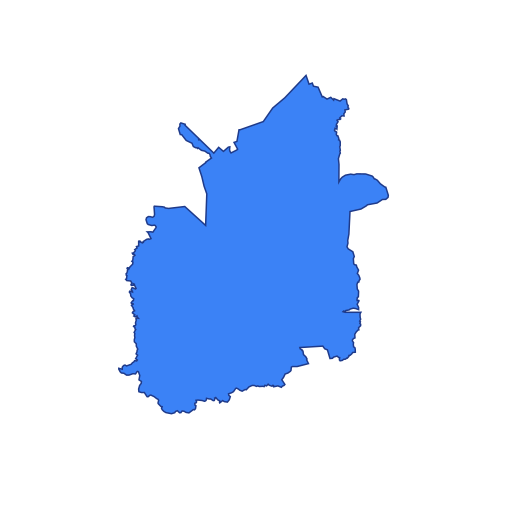 outline of San Pedro Lagunillas, Nayarit, Mexico, rotated 33°
{"feature_id": "50627088B36429080609607", "entity_name": "San Pedro Lagunillas", "entity_type": "district", "adm_level": 2, "iso_a3": "MEX", "parent_name": "Mexico", "parent_adm1": "Nayarit", "projection": "orthographic", "projection_center": [-104.74, 21.167], "detail": "fine", "context": "isolated", "style": "filled", "palette": "blue", "viewbox_px": 512, "rotation_deg": 33, "n_neighbors": 0, "source": "geoboundaries", "source_scale": "gbopen_adm2", "svg_char_len": 6136}
<svg xmlns="http://www.w3.org/2000/svg" viewBox="0 0 512 512"><g transform="rotate(33 256 256)"><path d="M273.2,430.2L274.3,428.6L277.3,429.1L278.3,428.3L278.4,426.3L280.1,425.4L282.5,425.3L285.2,424.1L287.1,418.9L288.2,418.5L288.4,417.0L287.2,414.3L286.0,414.3L284.9,412.9L285.8,411.5L285.6,410.7L284.3,409.7L285.8,408.4L289.6,406.5L291.9,405.9L292.6,405.0L292.7,403.8L292.0,402.3L294.6,401.4L295.8,400.6L298.9,400.6L299.7,399.9L299.3,398.1L298.7,397.7L299.3,396.6L302.4,397.5L304.4,397.2L304.9,397.5L304.9,398.4L305.6,398.9L306.8,395.4L308.7,395.4L311.6,394.1L311.9,391.1L311.0,387.9L309.1,387.7L308.0,386.5L310.0,384.0L311.0,382.0L311.1,378.1L311.7,377.4L313.9,377.2L315.5,377.4L318.0,376.9L319.6,373.9L320.7,373.5L321.4,369.6L323.3,366.6L325.1,365.5L327.4,365.1L328.2,364.0L329.8,363.7L332.8,361.5L334.0,361.1L333.9,359.6L335.6,359.2L336.0,356.9L337.4,357.2L340.3,356.5L340.4,355.9L340.8,355.8L340.7,355.2L341.3,355.1L342.1,356.0L345.1,353.0L348.8,352.3L348.9,351.0L350.0,349.3L350.2,348.0L345.0,345.7L345.2,342.9L344.7,339.1L346.5,336.8L347.6,334.0L347.7,333.0L346.2,330.0L346.7,328.9L350.7,326.3L358.6,317.7L355.0,315.5L354.9,314.6L352.7,313.4L349.5,312.8L347.3,310.3L346.3,309.8L346.0,310.1L345.6,309.7L343.7,309.8L342.6,308.9L361.1,295.2L364.2,296.4L367.0,295.8L373.9,301.7L375.8,300.2L376.2,298.5L378.5,295.8L380.7,296.1L381.5,295.7L382.5,297.7L383.6,298.1L385.2,296.6L385.8,294.9L387.2,293.8L387.8,292.1L388.2,292.0L388.6,289.6L388.1,288.8L389.0,288.0L389.6,286.0L389.6,284.3L391.7,282.6L389.9,280.0L388.8,279.0L387.3,279.0L385.6,276.9L385.0,275.5L383.2,274.8L382.6,274.0L382.7,272.1L383.6,270.8L381.5,267.9L381.4,265.3L381.9,262.5L382.5,261.9L381.1,260.3L381.7,257.5L380.9,256.2L379.8,256.0L379.4,254.3L378.4,254.2L378.2,252.0L376.9,250.9L375.2,248.6L374.7,247.6L374.6,246.1L361.4,254.7L359.3,255.3L359.5,254.4L360.8,254.1L361.0,252.8L363.5,250.5L363.9,249.2L366.0,246.8L368.2,245.8L371.3,245.1L370.1,243.3L367.1,241.4L366.8,237.5L366.3,237.3L365.1,238.3L364.5,237.6L363.6,235.6L364.1,234.5L361.5,230.1L361.0,229.5L359.0,228.6L356.2,225.0L355.6,222.5L356.4,221.9L355.8,220.1L356.0,219.1L355.2,218.0L352.7,216.2L350.5,215.5L349.7,212.0L346.5,210.3L345.1,209.0L343.4,209.6L342.2,209.3L339.1,205.2L338.7,202.9L334.9,199.7L329.4,199.8L327.3,198.7L326.1,195.1L324.5,193.1L322.0,187.1L310.6,167.5L318.5,159.4L321.2,153.9L321.6,152.3L328.7,145.6L331.2,139.8L334.0,137.8L334.8,134.9L333.9,133.0L327.4,127.6L326.3,128.0L320.8,127.7L316.5,126.4L314.0,126.5L313.3,126.9L311.1,125.9L309.8,125.7L303.3,127.5L295.8,132.2L293.9,134.4L290.8,135.8L287.0,139.5L285.4,142.9L285.0,145.2L285.2,148.8L275.8,134.1L272.1,129.5L270.6,124.6L270.7,123.8L269.2,122.4L269.2,121.5L266.7,118.7L266.6,117.7L264.5,114.4L262.9,113.3L262.0,113.6L261.4,112.3L259.1,110.6L258.4,111.0L257.1,110.3L256.2,108.2L255.2,108.1L254.6,108.4L253.2,107.7L253.3,106.7L252.7,105.9L253.8,105.3L254.7,105.5L253.3,102.8L252.6,103.4L251.7,101.6L251.7,98.7L250.0,98.0L250.6,96.9L252.1,95.7L252.3,95.0L251.4,95.0L251.0,94.6L251.7,91.6L253.6,90.6L252.2,88.9L252.4,86.6L251.0,85.1L253.7,82.4L253.4,81.6L252.4,81.4L251.8,80.8L251.6,79.8L249.5,78.8L246.6,75.6L245.5,75.5L244.5,76.6L243.2,76.9L242.1,80.3L235.7,81.6L236.2,83.0L232.3,82.2L230.1,85.7L225.4,85.7L224.9,86.5L216.1,80.6L211.7,82.3L209.0,80.3L206.9,83.0L199.6,77.3L194.0,107.6L189.4,122.8L188.9,139.3L173.9,158.8L173.0,159.4L177.6,170.3L175.7,172.7L182.4,176.4L182.1,177.7L178.9,183.2L177.1,182.4L175.9,181.2L174.6,178.7L173.5,179.8L171.7,186.0L165.5,185.2L164.6,192.7L145.2,188.9L144.9,189.7L144.4,189.4L144.8,188.8L125.3,185.0L124.9,184.1L120.5,185.3L120.3,186.8L121.5,188.5L121.6,191.4L126.3,195.4L127.6,194.7L134.5,197.1L140.9,196.3L143.8,198.3L146.3,198.1L147.2,197.5L148.5,197.6L148.5,196.8L152.7,197.1L155.9,195.9L159.7,196.0L160.6,195.4L162.2,196.0L163.4,197.3L165.3,198.1L162.7,204.6L163.0,205.0L160.1,213.1L167.4,219.0L174.4,225.7L180.9,230.7L197.1,257.8L169.3,253.3L156.8,263.7L153.6,265.2L152.6,264.9L150.6,265.7L143.6,269.6L143.7,270.3L148.3,276.4L148.9,278.1L148.2,279.9L145.8,280.6L144.2,281.6L143.4,283.6L144.0,285.5L147.2,288.1L148.4,288.3L152.0,287.2L153.9,285.5L154.9,285.3L156.5,286.0L156.7,286.7L156.5,292.2L154.7,292.9L151.7,295.0L152.8,295.2L158.5,298.6L157.2,300.3L156.4,300.3L155.2,301.6L153.5,305.4L154.1,305.9L153.5,307.0L152.2,306.9L151.4,307.4L150.9,306.7L149.7,307.1L149.6,307.6L152.1,311.5L150.6,313.2L151.9,314.1L150.8,316.7L151.8,317.1L152.0,317.8L151.5,320.1L150.7,321.0L151.9,321.6L153.1,320.8L154.1,321.4L153.3,323.4L154.9,326.5L154.8,328.1L156.1,328.1L157.0,330.0L156.2,333.8L156.4,335.8L155.5,335.4L154.6,335.8L154.5,336.5L155.9,336.9L155.8,337.9L156.3,338.2L157.0,340.7L156.7,341.6L157.7,342.8L158.4,342.7L159.8,345.6L159.4,346.5L161.0,347.0L164.5,345.2L166.5,346.3L166.8,348.3L167.7,348.5L169.1,347.3L168.2,346.1L169.4,345.9L169.6,346.4L173.1,348.5L172.9,349.3L169.9,349.8L169.3,350.3L169.7,352.2L171.6,352.9L172.1,353.5L169.3,354.2L169.4,355.2L171.4,356.0L172.7,357.7L174.9,358.5L176.7,358.4L177.5,360.3L176.9,360.8L176.8,363.3L177.4,363.6L179.0,363.0L179.3,363.2L178.4,365.2L181.3,366.4L181.7,367.1L184.0,368.1L183.2,369.4L183.3,371.0L186.4,371.4L186.2,372.9L188.0,372.8L188.8,371.1L189.5,371.8L191.2,372.3L189.8,373.0L189.5,374.2L190.4,374.7L191.4,377.9L192.4,378.6L192.7,379.9L191.6,381.1L191.7,381.8L193.3,381.8L194.2,383.0L195.1,383.1L195.4,386.5L196.5,386.9L197.6,389.1L198.8,390.3L199.5,392.5L200.7,394.2L203.4,394.8L204.7,396.8L207.6,398.5L207.6,399.7L208.4,401.3L208.7,403.4L210.7,403.6L211.0,407.7L213.1,407.8L213.1,409.0L211.2,409.9L211.2,411.4L210.5,412.8L210.3,414.8L207.3,418.7L205.5,418.8L204.6,420.0L204.4,422.1L205.5,423.8L202.1,424.9L202.5,425.6L205.2,427.1L206.8,427.4L209.1,426.3L212.3,426.4L214.4,425.0L216.9,421.7L219.2,420.5L219.2,417.7L219.5,417.3L220.4,417.1L223.6,419.5L225.3,423.6L228.2,423.6L229.1,425.3L228.9,427.9L230.0,431.5L231.7,433.6L234.3,432.9L236.7,431.3L241.2,433.3L242.1,432.9L242.9,430.5L243.6,429.9L247.3,429.4L250.2,429.7L251.8,429.5L252.9,430.0L253.9,432.7L254.5,433.1L258.3,434.0L259.3,433.5L259.8,435.3L261.1,436.0L263.4,436.5L265.7,436.4L271.0,434.3L273.2,431.7L273.2,430.2Z" fill="#3b82f6" stroke="#1e3a8a" stroke-width="1.5"/></g></svg>